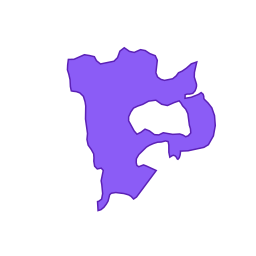 outline of New Taipei City, rotated 113°
{"feature_id": "TWN-1167", "entity_name": "New Taipei City", "entity_type": "Special Municipality", "adm_level": 1, "iso_a3": "TWN", "parent_name": "Taiwan", "parent_adm1": "", "projection": "mercator", "projection_center": [121.596, 24.984], "detail": "fine", "context": "isolated", "style": "filled", "palette": "violet", "viewbox_px": 256, "rotation_deg": 113, "n_neighbors": 0, "source": "natural_earth", "source_scale": "10m", "svg_char_len": 1970}
<svg xmlns="http://www.w3.org/2000/svg" viewBox="0 0 256 256"><g transform="rotate(113 128 128)"><path d="M156.1,85.4L188.2,93.2L191.2,95.1L189.7,98.5L189.3,101.2L189.9,106.1L192.2,114.1L194.6,117.9L196.6,118.8L203.1,117.8L206.4,118.2L210.4,119.2L213.8,121.0L215.7,123.3L207.6,127.3L206.9,126.3L203.8,124.5L198.3,125.7L190.5,129.9L187.1,132.1L176.7,134.2L175.4,137.0L177.7,140.3L176.2,143.8L171.9,146.5L168.7,147.7L165.2,149.5L162.2,153.3L159.3,158.0L154.6,161.3L148.9,163.1L136.4,170.6L124.3,175.5L120.7,177.7L116.3,181.4L114.5,186.0L114.7,189.8L115.6,192.8L116.0,194.7L112.4,197.2L106.2,200.2L101.6,203.5L98.1,206.5L93.5,208.2L88.2,209.7L85.9,204.6L77.6,196.8L76.3,191.6L75.5,186.8L78.4,183.3L79.8,178.4L72.0,167.0L67.3,165.1L60.4,165.5L55.6,162.8L56.9,156.6L56.0,151.8L51.0,147.1L50.0,142.4L51.0,137.0L50.8,131.2L54.2,127.5L66.3,123.9L69.5,120.7L70.4,116.8L69.9,113.0L65.2,106.1L61.2,104.0L57.4,103.1L54.5,100.4L50.1,97.6L44.2,94.8L40.3,90.5L50.8,88.6L55.2,86.9L60.9,82.1L62.6,81.3L64.7,80.9L67.6,80.8L70.8,81.9L72.6,84.4L73.7,86.9L75.1,88.4L78.4,87.1L75.0,81.8L69.6,76.3L66.8,74.5L67.6,72.0L69.3,70.6L71.1,69.8L71.8,68.9L73.7,64.1L76.7,58.7L82.8,53.2L91.7,48.6L101.9,46.3L112.0,47.5L116.2,50.6L125.5,63.8L128.8,70.7L129.9,70.2L132.4,69.5L135.3,69.2L137.3,69.8L137.2,70.6L136.2,71.8L135.3,73.4L135.3,75.5L136.3,76.6L138.5,78.1L134.4,80.9L127.7,83.8L124.8,85.8L125.3,88.5L127.9,91.9L129.5,95.2L132.2,98.4L135.6,101.6L138.4,103.6L148.2,107.7L153.0,108.3L156.7,106.9L159.0,105.2L159.4,102.9L155.9,99.3L155.8,96.5L156.1,85.4ZM117.4,131.8L121.2,130.2L128.3,121.2L130.2,117.3L126.7,114.3L122.4,111.9L122.3,107.2L123.8,101.1L122.3,96.9L118.6,93.7L116.4,84.4L114.8,81.1L113.3,78.1L113.0,74.9L113.5,71.5L111.6,69.5L108.0,68.3L104.3,70.2L101.6,72.5L91.4,78.5L88.1,82.2L86.2,86.5L84.5,88.7L83.0,91.5L86.5,95.4L91.9,100.5L93.0,106.3L91.5,113.2L95.2,119.5L100.5,123.7L104.1,127.7L107.5,130.7L112.0,131.7L117.4,131.8Z" fill="#8b5cf6" stroke="#5b21b6" stroke-width="1.5"/></g></svg>